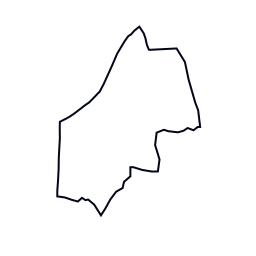 Al-Manathera, An-Najaf, Iraq, rotated 209°
{"feature_id": "34846034B93641163495115", "entity_name": "Al-Manathera", "entity_type": "district", "adm_level": 2, "iso_a3": "IRQ", "parent_name": "Iraq", "parent_adm1": "An-Najaf", "projection": "albers", "projection_center": [44.473, 31.772], "detail": "fine", "context": "isolated", "style": "outline", "palette": "ink", "viewbox_px": 256, "rotation_deg": 209, "n_neighbors": 0, "source": "geoboundaries", "source_scale": "gbopen_adm2", "svg_char_len": 1046}
<svg xmlns="http://www.w3.org/2000/svg" viewBox="0 0 256 256"><g transform="rotate(209 128 128)"><path d="M170.6,211.9L170.6,211.5L172.3,208.5L173.0,202.4L173.2,197.1L173.5,187.6L172.2,174.8L170.6,155.1L170.4,146.9L170.4,145.8L171.1,143.7L172.0,140.1L174.4,131.4L176.2,128.0L180.3,118.5L182.3,114.0L184.6,109.5L187.1,105.5L188.0,104.2L190.6,100.4L187.7,94.9L182.4,85.6L180.8,82.2L174.1,68.4L168.9,58.7L163.5,47.7L159.7,39.4L156.7,33.9L149.4,36.7L143.6,37.7L142.4,37.9L136.2,39.4L134.4,44.6L130.2,44.3L128.2,46.1L120.4,44.6L109.3,38.5L108.8,46.7L108.8,57.1L107.5,66.5L103.6,72.9L105.4,79.0L102.5,86.9L106.9,94.8L104.4,96.3L95.3,98.2L86.0,101.5L80.8,104.5L85.2,115.8L87.8,118.3L96.0,126.2L100.7,137.8L95.8,143.8L91.1,144.8L82.3,148.4L78.2,152.4L75.8,156.9L69.6,157.8L67.5,162.7L65.4,163.9L72.2,173.3L75.3,177.6L81.5,182.8L98.6,199.9L110.2,213.3L123.7,220.9L124.1,221.1L147.4,206.6L148.6,207.3L152.1,210.2L156.2,214.9L160.0,218.3L163.1,220.0L167.2,222.1L167.6,221.3L169.7,216.0L170.6,211.9Z" fill="none" stroke="#020617" stroke-width="2"/></g></svg>